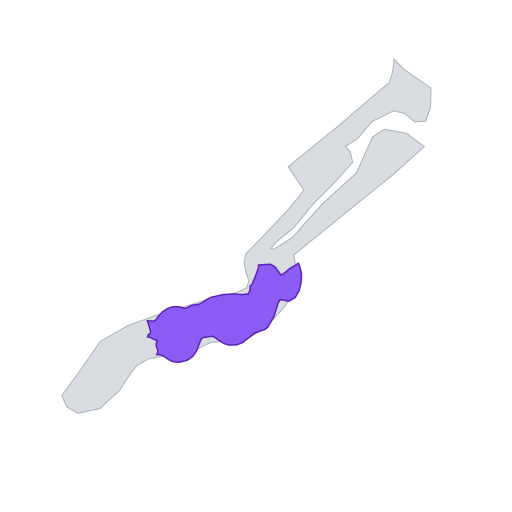 Gambia, with Central River highlighted, rotated 140°
{"feature_id": "GMB-2151", "entity_name": "Central River", "entity_type": "Division", "adm_level": 1, "iso_a3": "GMB", "parent_name": "Gambia", "parent_adm1": "", "projection": "albers", "projection_center": [-14.922, 13.572], "detail": "fine", "context": "in_parent", "style": "filled", "palette": "violet", "viewbox_px": 512, "rotation_deg": 140, "n_neighbors": 0, "source": "natural_earth", "source_scale": "10m", "svg_char_len": 2231}
<svg xmlns="http://www.w3.org/2000/svg" viewBox="0 0 512 512"><g transform="rotate(140 256 256)"><path d="M56.7,231.6L97.6,230.3L147.1,231.2L201.0,232.1L226.4,232.5L239.8,209.2L265.2,199.0L291.2,195.2L304.7,196.2L319.0,199.6L346.3,218.9L363.4,223.3L377.8,227.6L388.1,237.0L404.5,246.3L417.4,248.7L425.1,247.3L437.8,243.7L446.2,240.8L473.5,239.5L493.7,250.1L497.9,261.9L494.6,273.9L467.6,280.5L430.2,290.6L399.3,285.2L361.6,271.5L339.6,261.7L330.4,257.8L316.6,251.5L304.6,244.7L293.1,240.4L284.2,237.6L277.7,241.1L274.4,249.4L269.2,258.7L262.4,264.2L230.8,267.4L202.5,270.7L187.3,273.5L177.1,275.7L173.8,303.7L141.7,303.2L110.2,302.7L77.5,303.1L42.2,303.3L33.2,309.0L23.6,318.1L22.8,304.1L14.1,272.1L26.2,258.2L39.3,250.1L48.1,256.7L50.6,269.8L57.3,278.7L80.4,284.4L103.3,280.6L117.3,282.5L116.8,275.3L121.7,265.7L149.4,261.7L178.8,259.1L209.0,253.4L232.6,253.7L239.6,252.1L237.9,249.7L216.7,246.8L171.5,253.3L125.4,255.1L90.4,272.3L76.1,270.6L61.8,253.1L56.7,231.6Z" fill="#d9dde1" stroke="#a8b0b8" stroke-width="1"/><path d="M292.9,193.9L296.3,194.0L305.9,197.7L322.2,198.4L328.1,200.4L331.1,202.9L333.8,205.0L335.8,207.9L337.3,210.9L340.4,221.7L341.5,222.9L348.1,227.0L350.4,227.8L352.4,227.1L362.3,221.6L368.8,219.8L375.4,220.3L382.4,223.5L385.5,226.1L387.7,228.8L389.2,232.0L391.4,239.2L392.4,241.4L394.1,243.2L395.4,244.1L392.9,245.7L392.3,246.4L391.5,247.4L391.2,248.7L390.4,250.9L389.7,252.0L389.1,252.7L386.2,254.6L390.2,263.1L391.1,263.7L388.8,265.1L388.2,264.7L387.4,264.4L386.3,265.1L385.2,266.1L381.6,274.1L380.9,276.3L376.3,271.9L374.4,271.3L369.2,272.6L363.2,273.3L357.3,272.6L351.9,270.3L347.4,266.3L344.2,261.7L342.4,260.7L339.1,260.0L336.2,259.1L330.8,255.7L328.4,255.0L322.2,254.5L316.7,253.1L306.2,247.7L298.1,241.8L290.9,234.9L286.4,232.0L282.7,233.5L279.4,237.0L279.0,236.7L278.0,236.5L276.8,236.8L274.8,238.3L270.8,240.1L260.6,246.1L260.2,247.5L259.9,247.5L250.4,240.6L248.5,235.9L248.8,228.3L249.3,225.9L247.5,224.9L241.9,224.6L240.7,224.7L237.9,224.6L230.6,223.5L228.3,223.4L228.5,222.2L229.8,218.6L231.5,215.1L233.3,212.3L238.3,206.9L245.1,201.8L252.6,199.0L259.6,200.1L261.1,201.6L264.2,205.8L265.6,206.8L269.0,206.0L281.1,198.2L292.9,193.9Z" fill="#8b5cf6" stroke="#5b21b6" stroke-width="1.5"/></g></svg>